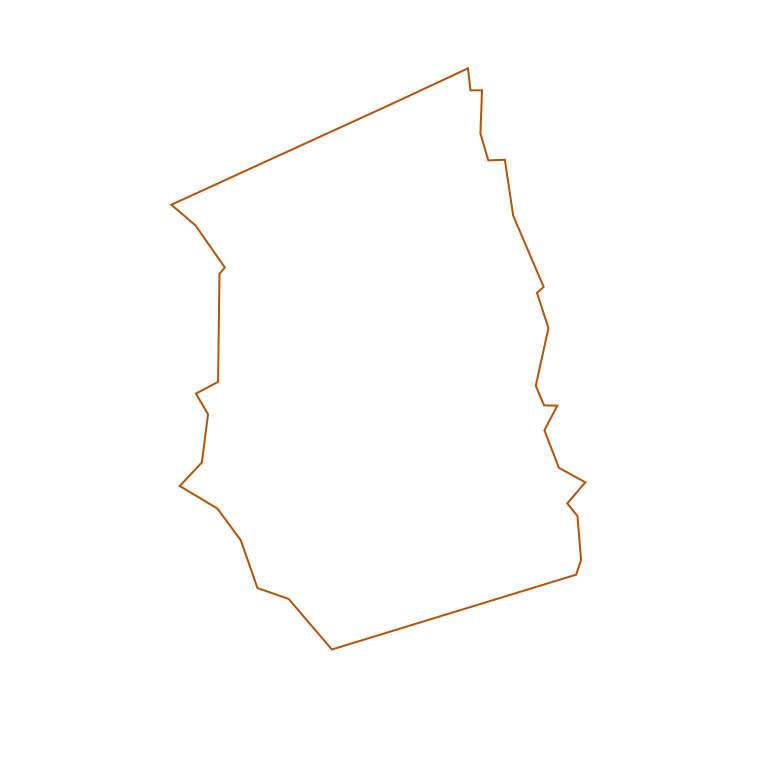 the district of Lunenburg, Virginia, United States of America, rotated 241°
{"feature_id": "52423323B20701637265595", "entity_name": "Lunenburg", "entity_type": "district", "adm_level": 2, "iso_a3": "USA", "parent_name": "United States of America", "parent_adm1": "Virginia", "projection": "orthographic", "projection_center": [-78.234, 36.948], "detail": "fine", "context": "isolated", "style": "outline", "palette": "amber", "viewbox_px": 768, "rotation_deg": 241, "n_neighbors": 0, "source": "geoboundaries", "source_scale": "gbopen_adm2", "svg_char_len": 598}
<svg xmlns="http://www.w3.org/2000/svg" viewBox="0 0 768 768"><g transform="rotate(241 384 384)"><path d="M643.9,284.9L614.1,296.0L563.0,301.3L560.1,293.5L466.3,239.9L466.8,214.9L442.8,215.4L403.7,186.7L393.8,155.9L355.8,177.9L316.7,183.0L266.9,174.4L242.2,196.4L177.1,209.7L124.1,459.7L134.5,471.0L174.7,489.2L190.7,486.4L200.4,512.4L225.9,496.3L265.8,501.9L281.0,525.1L287.7,513.6L308.9,515.9L353.1,554.9L389.5,562.0L391.5,570.7L468.6,578.6L521.5,598.4L529.0,583.6L556.4,589.8L593.3,612.1L598.9,602.0L619.4,610.5L625.0,529.5L643.9,284.9Z" fill="none" stroke="#b45309" stroke-width="2"/></g></svg>